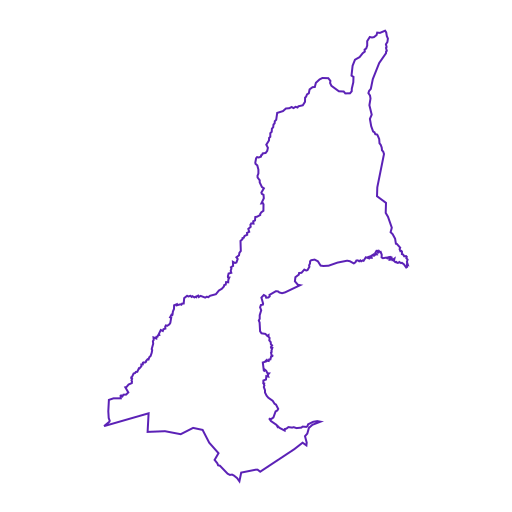 Kapenguria, Rift Valley, Kenya (Natural Earth projection)
{"feature_id": "3690345B82211082616386", "entity_name": "Kapenguria", "entity_type": "district", "adm_level": 2, "iso_a3": "KEN", "parent_name": "Kenya", "parent_adm1": "Rift Valley", "projection": "natural_earth1", "projection_center": [35.164, 1.55], "detail": "fine", "context": "isolated", "style": "outline", "palette": "violet", "viewbox_px": 512, "rotation_deg": 0, "n_neighbors": 0, "source": "geoboundaries", "source_scale": "gbopen_adm2", "svg_char_len": 6071}
<svg xmlns="http://www.w3.org/2000/svg" viewBox="0 0 512 512"><path d="M260.2,471.7L294.4,449.1L302.6,442.7L306.4,445.4L306.7,442.6L305.0,436.2L307.3,433.6L308.9,427.9L312.4,424.8L320.4,421.7L317.3,421.1L313.2,421.8L308.1,424.3L307.5,426.1L306.4,426.9L302.6,426.6L301.4,427.6L296.5,428.1L293.7,427.2L292.1,427.6L288.4,427.1L286.5,428.6L284.9,429.0L284.7,430.6L279.4,427.8L277.8,426.2L277.5,426.7L276.4,424.8L271.0,421.1L269.1,418.4L270.8,419.3L273.4,417.5L275.6,411.4L277.3,410.5L278.2,408.9L276.0,404.6L274.6,403.8L272.7,400.8L268.3,397.7L266.6,395.7L265.0,392.5L265.0,390.2L263.8,387.0L264.4,385.4L263.9,384.5L264.2,383.5L263.3,383.2L263.4,380.5L266.0,379.5L266.3,376.1L268.3,376.6L267.8,374.9L269.0,373.4L267.5,373.3L266.2,370.8L264.9,369.7L264.3,370.8L263.8,370.5L262.8,362.5L266.2,361.4L266.5,361.0L266.0,360.6L266.8,359.9L267.4,360.8L268.7,361.0L269.1,359.5L270.4,359.4L271.1,356.5L272.3,356.2L272.4,355.6L271.6,355.3L271.0,352.7L271.7,351.9L271.4,351.0L272.3,347.9L271.1,347.8L270.9,347.1L272.1,345.4L270.9,344.3L270.7,342.1L269.3,340.4L269.6,338.0L268.5,336.7L268.5,335.1L267.3,335.9L265.4,333.9L261.5,333.3L260.1,331.3L259.6,322.5L258.8,320.5L259.7,318.8L259.7,315.2L261.2,310.3L260.1,307.3L260.9,305.0L262.9,304.6L263.1,303.6L261.4,297.6L263.8,295.0L265.7,296.1L266.2,297.7L268.4,297.5L269.7,296.3L269.5,294.9L275.9,291.2L278.0,291.4L279.4,292.5L282.1,293.2L285.0,292.4L300.1,285.2L297.9,284.8L294.9,281.3L295.4,277.2L298.8,274.6L299.1,273.0L301.5,272.8L304.3,269.6L306.2,270.5L307.5,270.1L309.4,266.8L309.1,265.3L310.0,263.5L310.1,261.3L311.2,260.2L314.6,259.6L317.9,261.3L320.6,265.6L323.4,266.0L328.6,265.7L337.5,262.6L347.1,260.7L349.8,261.2L353.8,263.4L355.4,262.3L356.4,260.5L357.8,260.4L359.2,261.3L360.3,260.4L361.2,261.3L362.8,260.4L363.6,260.8L365.8,257.3L368.6,258.2L368.3,257.0L369.8,256.5L370.3,256.6L370.1,257.8L371.7,257.8L371.3,255.8L373.6,254.4L373.7,255.7L374.2,255.7L375.5,254.4L376.5,254.4L375.4,252.7L376.5,250.8L377.2,250.8L378.0,252.5L378.9,250.9L380.2,252.3L380.7,252.0L381.7,254.6L381.6,257.4L382.9,258.2L386.3,257.6L387.2,258.3L388.0,257.3L390.3,256.9L390.7,257.3L389.3,258.7L389.4,259.8L391.2,259.5L391.8,258.3L392.4,260.0L394.4,258.6L393.9,260.8L395.4,262.2L396.3,261.9L397.3,262.9L398.7,262.7L399.3,262.0L401.0,263.1L401.9,262.8L403.9,264.3L406.2,267.5L407.1,266.9L407.0,264.7L407.9,265.0L406.9,261.9L407.6,259.6L406.3,258.1L406.8,256.9L406.1,256.1L404.2,256.3L403.2,254.6L401.9,254.1L402.0,251.7L401.4,250.9L400.4,251.2L399.6,249.1L400.2,247.7L396.8,243.9L395.9,243.7L395.1,238.7L392.6,234.1L390.6,232.2L391.8,227.7L388.0,216.8L385.7,212.9L386.0,202.9L377.0,196.2L377.3,187.3L384.0,154.0L383.2,151.6L382.0,150.3L381.7,147.5L380.7,144.8L379.5,143.3L379.2,139.1L377.6,135.3L377.0,134.5L375.3,134.2L374.5,132.3L373.1,131.5L371.2,126.2L369.9,118.9L371.7,114.7L369.4,105.2L370.5,98.5L370.0,95.5L368.4,93.1L369.1,90.9L370.8,88.9L372.8,79.1L379.2,63.0L386.0,53.2L386.1,51.5L386.8,50.8L386.0,47.9L386.6,47.0L385.9,44.3L387.4,42.0L387.9,38.6L386.8,36.0L386.2,32.4L385.1,30.7L379.9,32.9L377.2,32.6L376.6,35.0L374.0,37.1L372.0,37.5L369.8,37.0L367.2,41.1L367.2,45.6L366.2,48.5L364.6,49.6L364.8,51.6L362.7,53.2L359.6,57.1L355.0,59.7L352.6,65.7L351.5,75.6L353.5,76.9L353.3,82.3L351.8,88.7L351.7,91.3L350.0,93.3L345.3,93.4L343.7,91.5L338.9,91.3L331.4,85.8L330.1,83.0L330.4,80.9L328.3,78.2L322.4,78.0L319.6,79.4L315.9,82.8L314.8,87.0L312.5,87.2L309.6,89.4L308.8,93.3L307.0,94.4L306.1,96.7L305.1,97.6L305.0,101.8L302.8,105.3L298.4,106.3L297.5,107.5L295.6,106.8L293.5,108.1L291.6,107.0L289.4,108.2L285.9,108.5L283.0,111.1L277.2,112.9L276.2,119.8L274.8,121.2L274.6,123.4L273.5,124.5L273.2,127.2L271.9,128.7L271.7,131.8L270.3,133.2L270.3,136.8L269.1,137.9L269.0,140.4L266.3,144.7L267.9,147.8L267.2,150.9L265.6,153.0L262.7,153.4L262.2,154.7L261.1,155.3L261.0,156.6L258.7,157.5L257.1,157.1L256.1,158.3L255.3,162.6L255.5,163.8L257.3,165.4L258.4,169.6L258.4,173.5L257.5,175.8L257.6,177.5L259.7,180.3L259.7,182.4L261.9,187.0L263.9,188.3L261.4,192.5L261.8,193.8L263.5,194.8L263.7,196.8L263.8,198.3L261.4,203.4L262.9,203.2L263.5,204.3L263.4,210.8L261.3,212.3L260.2,213.9L260.2,215.0L257.1,216.7L255.3,217.0L255.0,220.4L253.2,221.3L253.5,223.6L251.3,223.4L250.4,224.8L250.7,226.8L248.3,228.9L249.2,231.8L247.0,232.9L247.2,234.8L244.6,235.9L243.7,237.8L242.5,238.1L242.4,239.3L240.5,240.9L240.8,251.0L239.4,252.8L239.0,255.3L236.4,257.3L237.7,259.0L236.4,262.5L235.0,263.0L232.9,261.8L233.1,265.9L230.9,267.3L231.4,268.7L230.7,270.8L231.3,272.8L228.6,273.5L227.9,276.3L228.0,277.4L229.3,277.5L228.3,279.9L228.2,282.3L226.1,282.1L225.7,284.6L224.2,285.1L223.9,286.5L221.8,288.8L218.9,290.5L215.9,294.2L210.0,295.8L208.3,297.2L206.8,296.7L205.2,297.6L200.6,295.9L198.8,297.0L198.2,295.6L196.5,296.4L196.3,297.2L195.3,296.8L194.4,297.4L192.4,296.2L191.6,296.9L190.4,295.8L188.4,296.5L187.1,295.8L184.2,298.1L183.7,303.5L182.1,303.6L181.4,304.7L180.4,304.3L176.8,305.3L176.8,304.2L174.1,305.3L174.0,308.9L172.9,311.5L172.5,314.6L172.3,315.1L171.5,314.7L170.1,317.3L171.2,317.7L170.3,322.9L169.3,324.4L167.2,325.8L165.9,325.4L165.2,326.7L165.4,328.6L163.5,329.2L162.8,331.0L160.8,330.0L158.9,333.9L159.3,335.0L158.0,335.3L157.5,336.7L156.4,336.8L156.3,338.5L153.5,337.4L153.7,339.9L152.9,341.2L153.2,343.7L151.7,349.1L152.2,350.0L151.7,352.8L150.6,356.0L149.3,357.2L148.5,359.5L147.6,359.2L146.1,360.9L146.1,361.7L145.1,362.5L143.4,362.4L142.9,362.7L142.8,364.4L141.3,364.5L141.4,366.2L139.4,368.5L138.9,368.3L137.3,371.8L135.9,371.9L135.0,373.1L133.6,373.5L131.9,377.1L131.3,377.3L131.2,378.0L132.1,378.8L131.5,380.5L132.0,381.4L131.8,383.1L128.6,384.5L126.5,387.0L125.3,387.3L128.3,392.4L126.1,394.6L123.4,394.7L122.4,396.4L121.1,395.4L120.6,395.7L120.8,398.3L113.6,398.3L108.9,399.9L108.3,411.2L108.7,418.0L109.7,420.8L109.4,421.7L104.1,426.1L148.6,413.3L147.6,431.9L165.0,431.2L180.7,434.2L193.1,427.9L202.6,429.9L209.2,442.7L218.5,453.2L214.6,459.9L217.4,463.4L218.1,465.3L219.9,465.7L227.6,473.7L229.9,474.9L232.1,474.6L234.0,475.6L237.1,478.1L239.4,481.3L241.2,472.6L255.7,469.7L257.6,469.7L260.2,471.7Z" fill="none" stroke="#5b21b6" stroke-width="2"/></svg>